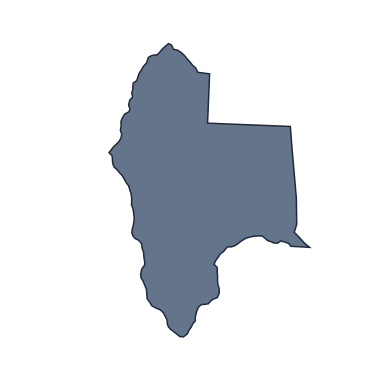 the district of Santa Inês, Bahia, Brazil, rotated 223°
{"feature_id": "56859067B23396017870292", "entity_name": "Santa Inês", "entity_type": "district", "adm_level": 2, "iso_a3": "BRA", "parent_name": "Brazil", "parent_adm1": "Bahia", "projection": "orthographic", "projection_center": [-39.849, -13.276], "detail": "fine", "context": "isolated", "style": "filled", "palette": "slate", "viewbox_px": 384, "rotation_deg": 223, "n_neighbors": 0, "source": "geoboundaries", "source_scale": "gbopen_adm2", "svg_char_len": 1991}
<svg xmlns="http://www.w3.org/2000/svg" viewBox="0 0 384 384"><g transform="rotate(223 192 192)"><path d="M117.1,77.3L114.2,77.0L102.2,78.0L99.5,80.2L98.6,85.0L99.9,89.0L100.5,93.0L101.6,96.3L101.6,99.8L104.3,102.8L106.3,106.4L107.7,108.9L108.8,112.9L108.2,116.5L106.0,118.5L103.8,121.5L104.0,125.0L103.4,128.2L101.5,131.9L102.9,136.3L106.3,139.9L110.5,142.4L113.1,144.8L116.1,148.1L118.9,150.6L122.0,154.0L126.6,154.2L128.1,158.9L128.4,162.2L129.1,166.4L128.3,169.6L128.7,176.0L126.0,178.5L124.2,181.5L123.4,184.3L122.9,187.7L122.2,190.9L121.1,194.8L118.3,199.6L115.5,203.1L113.1,205.5L110.7,207.7L107.2,207.9L103.3,208.1L100.4,209.5L97.4,210.5L94.5,213.0L93.8,216.6L90.6,218.4L86.2,220.3L82.7,219.7L68.3,231.7L74.9,231.3L82.7,232.0L89.9,232.3L91.3,235.6L93.4,239.8L111.4,258.6L153.0,296.1L155.5,298.5L164.8,307.0L220.3,259.2L227.6,253.0L259.7,290.4L269.4,283.5L273.8,285.2L278.2,285.1L281.8,285.7L284.7,285.9L291.5,286.7L294.6,286.7L299.0,286.0L302.9,283.8L307.3,285.5L310.4,284.5L311.2,277.2L310.9,271.4L311.2,268.3L313.3,266.2L314.9,263.4L315.7,260.6L313.3,255.4L313.2,250.8L312.0,245.4L311.3,241.8L309.9,239.0L308.4,235.8L309.3,231.7L307.2,228.6L305.1,226.6L303.9,223.6L300.2,220.9L300.2,216.7L297.7,212.4L294.1,210.4L292.8,207.8L294.4,203.0L293.5,198.8L292.1,195.2L288.7,191.8L286.5,188.3L282.8,186.3L280.7,182.9L279.9,179.4L279.9,175.9L280.2,172.1L279.9,167.8L279.5,164.1L275.4,164.1L272.9,162.0L270.8,160.0L268.1,158.0L265.5,157.1L262.3,157.2L258.4,156.7L254.4,156.4L249.9,155.1L246.4,153.9L242.6,153.3L239.2,151.3L235.7,149.4L231.5,146.0L227.2,141.1L224.2,139.8L221.4,137.7L215.9,133.0L212.4,127.9L210.3,124.0L208.2,121.2L205.3,119.6L201.8,119.2L197.9,120.4L193.5,119.7L189.6,116.5L186.5,115.0L183.6,112.3L179.7,109.2L176.9,106.7L176.2,101.4L173.3,96.6L170.6,94.4L167.4,93.6L162.6,91.4L158.9,89.7L155.8,86.8L151.9,83.3L147.3,82.5L144.0,81.4L139.6,82.5L134.7,84.2L130.4,84.1L126.4,82.7L122.9,81.3L119.7,78.4L117.1,77.3Z" fill="#64748b" stroke="#1e293b" stroke-width="1.5"/></g></svg>